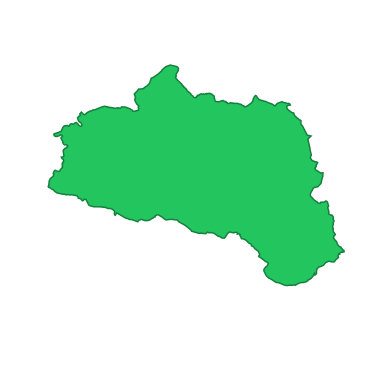 outline of Sijunjung, Sumatera Barat, Indonesia, rotated 158°
{"feature_id": "22746128B5140836931072", "entity_name": "Sijunjung", "entity_type": "district", "adm_level": 2, "iso_a3": "IDN", "parent_name": "Indonesia", "parent_adm1": "Sumatera Barat", "projection": "orthographic", "projection_center": [101.017, -0.649], "detail": "fine", "context": "isolated", "style": "filled", "palette": "green", "viewbox_px": 384, "rotation_deg": 158, "n_neighbors": 0, "source": "geoboundaries", "source_scale": "gbopen_adm2", "svg_char_len": 5956}
<svg xmlns="http://www.w3.org/2000/svg" viewBox="0 0 384 384"><g transform="rotate(158 192 192)"><path d="M323.3,250.5L322.9,249.7L321.8,248.8L321.1,247.4L320.0,246.4L319.2,244.4L317.6,241.8L312.6,238.3L310.9,237.5L309.7,236.5L308.5,236.3L306.0,234.9L304.4,234.4L299.8,231.4L299.6,230.5L299.7,228.8L297.8,227.4L297.0,224.9L296.0,224.8L294.8,225.6L293.1,224.9L292.6,218.6L292.0,217.7L288.6,215.1L281.4,212.1L281.3,211.8L278.1,210.2L276.0,208.1L273.4,207.1L271.9,205.2L271.1,203.5L271.1,202.7L272.0,201.5L272.3,199.8L272.0,199.2L269.5,200.7L263.0,192.3L261.8,191.6L260.1,189.8L259.5,189.8L256.9,187.9L253.4,184.7L252.0,185.7L249.1,185.5L246.2,183.0L243.5,182.0L241.6,181.9L239.8,182.3L237.8,182.4L235.7,183.3L235.5,182.9L234.9,183.6L233.0,183.9L231.8,183.4L228.8,179.5L228.0,177.8L226.7,175.9L221.8,174.6L216.1,171.5L215.3,169.2L210.8,163.6L207.2,157.1L207.1,155.8L201.3,151.3L199.6,150.5L198.7,150.5L198.4,150.0L194.9,148.2L192.6,149.0L191.7,147.9L189.0,146.9L187.1,145.6L184.2,141.0L183.1,140.5L181.2,137.9L179.6,137.3L179.2,137.1L177.8,137.8L175.2,139.8L173.0,140.8L172.0,140.8L168.9,138.6L167.0,138.4L165.3,137.7L165.3,136.8L165.8,136.0L164.3,135.9L163.6,134.7L163.8,134.7L163.6,130.2L161.9,129.2L160.0,127.1L158.4,123.3L156.7,121.6L157.0,119.8L155.4,118.0L155.0,115.8L154.3,115.1L154.1,114.3L152.7,112.3L152.7,108.4L154.8,107.2L154.5,107.4L153.3,105.9L149.9,100.1L148.3,98.5L148.1,97.2L149.9,95.3L151.7,94.9L153.8,93.7L154.7,92.6L154.9,91.0L154.5,86.9L154.0,85.3L152.9,83.3L150.9,81.0L147.9,76.7L145.6,75.4L140.9,70.8L138.9,69.6L136.6,69.1L134.4,68.1L132.0,67.5L130.9,66.7L130.1,67.1L127.2,67.4L124.7,67.1L122.4,66.3L119.2,66.0L117.8,66.4L117.6,66.8L115.2,67.0L113.6,67.4L110.5,69.2L109.0,70.7L109.0,69.0L107.6,69.4L107.1,69.8L106.0,72.4L104.7,74.0L102.6,74.9L99.9,74.7L97.3,74.9L94.6,76.4L92.1,76.6L91.3,76.6L90.1,76.0L89.3,75.3L87.1,74.1L86.0,74.1L84.0,75.3L81.6,76.3L80.8,76.3L80.4,78.4L79.3,79.0L79.5,79.1L78.6,79.1L78.9,79.7L77.8,80.0L75.0,80.1L74.9,79.7L73.3,79.6L73.1,81.2L73.7,81.4L74.3,83.6L74.7,84.1L74.5,85.1L75.8,86.1L76.4,87.8L76.7,89.6L76.6,91.8L77.7,94.9L77.9,96.6L76.8,98.1L75.4,98.6L75.0,99.0L75.8,102.2L75.5,103.8L74.7,105.1L74.8,106.6L73.9,108.2L73.1,109.0L72.7,110.3L71.1,112.1L71.4,113.7L70.4,115.9L70.6,117.6L71.2,118.4L72.2,118.8L73.5,120.5L72.5,122.4L71.9,127.2L70.9,127.4L70.6,127.8L70.2,132.0L70.6,133.0L71.5,133.6L73.2,133.0L76.3,134.3L77.4,133.5L79.2,134.5L79.7,135.1L79.8,136.3L80.2,136.5L82.0,139.3L82.5,141.2L83.4,143.0L83.6,144.7L82.5,146.5L77.9,150.2L77.0,150.4L73.4,149.7L69.1,151.7L65.6,156.9L64.9,157.4L63.8,160.0L63.3,160.6L63.9,161.0L64.8,161.0L65.8,161.7L68.8,165.9L69.2,167.3L68.7,168.3L67.1,169.2L67.1,170.1L66.4,170.8L64.6,171.9L64.6,172.5L65.2,173.2L66.5,173.9L67.6,175.2L68.4,175.5L68.9,176.2L69.5,179.6L67.5,181.6L66.8,186.5L66.5,187.3L64.7,197.7L60.7,199.3L63.9,201.6L64.8,211.8L65.7,214.0L64.2,217.4L64.4,217.9L65.5,218.6L65.8,219.6L67.4,222.2L67.5,223.2L68.1,224.0L68.3,224.6L68.1,227.2L69.6,228.1L72.4,232.9L72.5,234.6L72.1,235.9L70.4,236.3L68.3,235.8L68.4,237.2L69.1,238.0L70.4,238.3L72.2,239.9L74.0,241.0L74.7,242.0L79.7,242.2L82.8,240.7L84.9,243.7L87.6,246.0L89.3,247.9L95.2,252.5L96.1,255.1L96.3,256.9L96.9,257.7L98.1,257.2L100.2,255.5L101.6,253.5L103.6,252.3L107.6,251.3L110.8,250.9L111.6,251.9L111.7,252.6L112.6,253.1L113.9,255.1L115.5,256.0L116.1,256.7L117.5,257.6L118.6,257.8L120.0,258.7L121.2,259.0L121.4,259.6L122.1,259.8L122.5,260.3L124.3,260.2L125.9,260.9L125.9,261.6L126.7,262.2L126.6,263.0L127.4,263.2L127.5,263.7L128.5,264.3L128.8,265.1L130.3,265.5L133.4,265.5L135.8,266.8L136.4,267.6L136.4,269.0L136.1,269.8L136.1,271.4L135.6,272.0L135.6,272.8L137.1,275.5L137.9,275.7L138.3,276.7L140.0,277.3L141.5,277.4L141.5,277.8L144.4,278.1L144.6,278.6L145.5,278.6L146.7,279.6L148.2,279.6L148.8,279.2L150.8,279.6L151.0,278.8L152.2,278.7L152.4,278.1L154.0,278.4L154.6,278.8L155.2,279.7L155.2,280.5L156.4,282.5L156.4,283.9L157.5,285.5L157.6,286.2L158.6,287.4L158.6,289.2L160.0,292.2L161.0,292.7L160.2,292.6L160.6,294.1L161.2,294.4L161.0,295.7L163.5,301.1L164.4,303.9L163.5,305.5L163.2,305.4L162.7,307.1L159.2,309.8L158.3,311.6L158.4,312.9L159.4,314.2L164.7,317.9L169.6,318.0L173.9,316.5L174.9,315.7L179.3,314.0L185.0,312.8L187.2,312.8L189.9,309.5L191.3,308.3L194.2,307.1L195.7,307.0L198.7,306.1L202.3,307.1L203.0,307.5L204.2,306.5L208.8,304.5L208.9,300.9L210.1,299.8L210.7,298.0L210.2,293.9L209.0,291.7L209.1,291.4L210.1,290.9L210.5,288.8L211.2,287.9L214.5,288.3L216.6,289.0L216.8,290.3L218.5,292.6L222.4,296.0L225.5,297.3L226.4,296.6L227.0,296.6L228.0,296.9L228.7,297.8L229.4,297.7L230.4,298.2L231.6,298.2L236.1,301.1L236.7,301.0L237.2,301.7L238.0,302.0L238.4,302.7L240.1,303.5L240.7,304.2L243.0,304.6L251.6,304.6L253.1,305.2L255.2,304.9L256.4,305.3L260.2,304.7L261.0,304.2L262.6,304.0L263.4,304.6L264.7,307.5L266.8,306.4L267.0,304.8L269.0,304.4L270.4,303.6L270.6,300.4L270.0,298.9L269.2,298.2L268.8,296.3L269.0,295.1L269.8,294.6L270.5,294.5L271.4,295.5L272.1,296.6L272.5,298.4L273.3,299.8L274.1,299.9L276.8,299.2L277.6,300.1L278.6,300.5L279.4,300.5L281.3,299.1L281.9,299.2L282.4,300.2L282.9,300.5L285.7,301.1L287.6,300.3L290.1,297.7L290.7,297.4L293.0,297.2L298.0,297.6L298.5,297.1L298.6,296.2L298.1,295.0L297.2,294.3L294.5,293.9L292.1,294.1L291.6,293.6L291.1,292.5L291.2,292.2L292.2,291.8L292.5,291.2L293.2,291.2L293.4,290.5L292.9,288.0L293.3,286.1L293.2,284.7L292.6,283.5L291.1,283.0L290.0,281.9L290.0,281.2L291.0,280.8L291.2,280.1L293.7,280.0L294.0,279.6L294.6,279.6L296.0,278.6L297.3,273.3L297.8,272.9L299.0,272.9L300.1,273.3L300.0,271.7L299.1,270.4L299.1,269.7L299.9,267.9L300.4,268.1L301.6,267.2L301.7,265.9L302.1,265.9L302.2,265.1L302.8,264.2L302.7,263.4L305.2,262.3L306.2,261.6L306.3,261.1L307.5,260.9L309.1,261.7L310.7,263.4L311.7,263.2L312.5,262.3L312.9,262.2L313.4,261.3L313.3,260.7L313.8,260.7L313.8,259.9L314.8,258.5L318.5,257.5L318.9,256.8L320.0,256.1L321.4,253.7L321.6,252.8L322.1,252.4L322.6,251.3L323.2,251.1L323.3,250.5Z" fill="#22c55e" stroke="#15803d" stroke-width="1.5"/></g></svg>